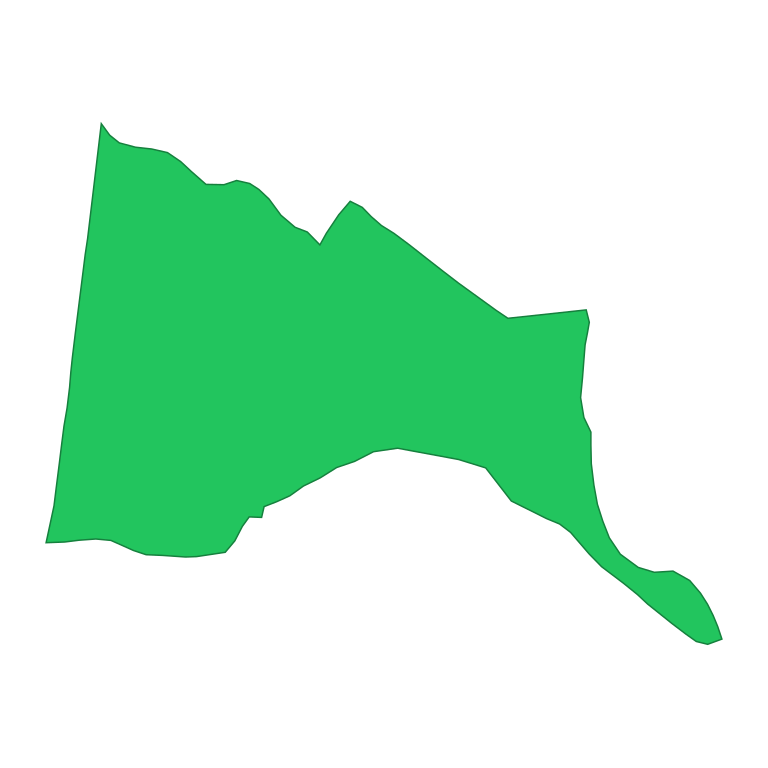 Parnamirim, Rio Grande do Norte, Brazil
{"feature_id": "56859067B32838397359817", "entity_name": "Parnamirim", "entity_type": "district", "adm_level": 2, "iso_a3": "BRA", "parent_name": "Brazil", "parent_adm1": "Rio Grande do Norte", "projection": "albers", "projection_center": [-35.212, -5.917], "detail": "fine", "context": "isolated", "style": "filled", "palette": "green", "viewbox_px": 768, "rotation_deg": 0, "n_neighbors": 0, "source": "geoboundaries", "source_scale": "gbopen_adm2", "svg_char_len": 1434}
<svg xmlns="http://www.w3.org/2000/svg" viewBox="0 0 768 768"><path d="M586.2,309.9L507.9,318.3L496.2,310.4L458.6,283.2L443.0,271.2L426.2,258.1L409.4,244.9L394.0,233.4L381.4,225.5L371.2,216.6L362.3,207.4L350.2,201.3L338.8,214.7L326.4,233.2L319.9,244.9L307.3,232.0L295.1,227.3L280.9,215.2L269.0,199.0L258.8,189.4L249.7,183.5L236.6,180.5L224.0,184.7L206.0,184.4L191.1,171.3L180.8,161.7L167.5,152.6L151.7,149.0L135.4,147.2L119.3,142.9L109.7,135.2L101.3,123.7L93.4,190.1L87.6,238.6L85.2,254.6L83.8,265.8L75.4,332.6L72.4,357.3L70.8,372.5L69.6,387.3L67.1,407.9L64.0,426.0L61.7,444.0L59.4,462.8L56.3,487.2L54.0,505.9L46.1,542.7L64.7,542.0L79.2,540.2L95.8,539.0L110.9,540.4L133.5,550.5L146.1,554.7L162.5,555.4L185.5,557.0L196.5,556.6L225.2,552.3L234.8,540.9L242.4,526.3L249.2,516.9L261.6,517.4L264.1,506.6L276.7,501.7L289.8,495.8L303.5,486.0L320.3,477.8L336.7,467.5L354.6,461.4L373.5,451.7L397.5,448.2L458.6,459.5L485.7,467.9L511.3,501.0L546.6,518.6L559.6,524.0L570.6,532.4L589.2,554.0L601.6,566.7L623.3,583.1L637.5,594.6L647.8,604.2L671.8,623.4L686.0,634.2L696.3,641.5L707.7,644.3L721.9,639.1L717.7,626.5L713.1,615.4L707.5,604.2L700.5,593.2L689.7,580.5L673.0,571.1L654.3,572.3L638.2,567.4L620.3,554.2L609.3,537.8L602.8,521.2L597.4,504.3L593.9,485.1L591.3,463.7L590.9,445.2L590.9,432.1L583.9,417.5L580.6,397.6L582.5,377.9L583.9,359.8L585.1,344.8L587.4,333.1L589.3,322.3L586.2,309.9Z" fill="#22c55e" stroke="#15803d" stroke-width="1.5"/></svg>